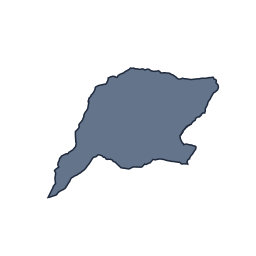 Breaza, Suceava, Romania, rotated 339°
{"feature_id": "2599482B22435462631292", "entity_name": "Breaza", "entity_type": "district", "adm_level": 2, "iso_a3": "ROU", "parent_name": "Romania", "parent_adm1": "Suceava", "projection": "natural_earth1", "projection_center": [25.34, 47.631], "detail": "fine", "context": "isolated", "style": "filled", "palette": "slate", "viewbox_px": 256, "rotation_deg": 339, "n_neighbors": 0, "source": "geoboundaries", "source_scale": "gbopen_adm2", "svg_char_len": 5755}
<svg xmlns="http://www.w3.org/2000/svg" viewBox="0 0 256 256"><g transform="rotate(339 128 128)"><path d="M184.7,170.2L184.2,169.0L184.1,168.8L183.1,168.4L182.7,168.2L181.9,167.2L181.0,166.5L179.9,166.0L178.3,165.0L178.0,164.6L177.4,164.4L176.3,163.7L175.5,163.6L174.0,163.5L174.0,162.3L173.7,161.7L173.3,161.3L173.3,160.7L173.3,160.0L173.1,158.5L173.1,156.3L173.3,155.8L173.3,155.4L173.6,154.7L173.6,154.3L173.6,154.0L173.9,153.7L174.4,153.5L174.5,153.3L174.9,153.3L175.2,153.4L175.3,153.4L175.6,152.8L176.1,152.5L176.1,152.2L176.7,152.3L176.8,152.2L176.8,151.9L177.2,151.7L177.2,151.4L177.4,151.4L177.5,151.5L177.8,151.5L177.9,151.4L177.9,151.1L178.2,150.9L178.1,150.4L178.3,150.3L178.6,150.4L178.8,150.2L179.1,150.1L179.1,149.9L179.6,149.8L180.0,149.6L180.2,149.4L180.4,149.3L180.4,149.2L180.6,149.0L180.8,149.0L181.1,149.2L181.3,149.2L181.5,148.9L181.8,148.5L182.0,148.2L182.4,148.3L182.5,148.1L182.6,147.9L182.8,147.8L183.1,147.8L183.3,148.1L183.5,148.1L183.5,147.9L184.0,147.8L183.9,147.5L184.0,147.5L184.3,147.5L184.6,147.6L185.2,147.5L185.2,147.3L185.3,147.2L185.8,147.4L185.8,147.2L186.2,147.3L186.4,147.5L186.6,147.4L187.0,147.3L187.1,147.0L187.5,146.9L187.7,147.0L188.4,147.1L188.6,146.8L188.8,146.7L189.6,146.1L190.1,145.8L190.4,145.7L190.7,145.5L190.9,145.5L191.2,145.2L191.7,145.1L192.0,145.2L192.8,144.9L193.3,144.9L193.5,144.8L193.9,144.5L194.2,143.7L194.4,143.5L194.8,143.3L195.0,143.0L195.5,143.0L195.9,142.9L196.5,142.8L196.7,142.7L197.7,142.9L198.0,142.9L198.2,143.1L199.0,143.2L199.3,142.9L199.5,142.5L200.1,142.5L200.6,142.5L200.8,142.4L200.9,141.9L201.3,141.6L201.8,141.4L202.1,141.2L203.0,141.1L203.4,141.0L203.6,140.7L205.0,141.5L205.4,140.8L206.2,140.0L206.4,139.5L206.5,139.2L206.5,138.9L206.6,138.7L207.0,137.9L207.6,137.1L208.4,136.6L210.8,134.3L211.5,133.1L211.7,132.8L213.2,131.6L215.2,130.3L215.9,129.7L216.7,128.8L217.4,128.2L217.9,128.0L218.1,127.8L218.3,127.5L220.7,125.7L221.4,125.7L222.3,125.6L223.8,125.1L225.5,124.3L226.0,123.7L227.0,122.4L227.1,121.8L227.3,121.3L227.4,120.0L227.0,118.9L226.4,117.5L226.4,117.0L227.2,116.2L227.5,115.1L227.2,114.2L225.8,113.0L225.8,112.8L225.9,112.0L225.7,111.4L225.6,111.0L223.0,110.5L222.1,110.1L221.4,109.9L220.8,109.9L219.1,109.5L218.4,109.4L217.6,109.2L216.7,108.7L214.0,107.8L212.1,107.6L209.3,106.6L208.9,106.6L207.8,106.4L206.8,105.9L205.6,105.8L204.5,105.4L203.3,105.0L202.3,104.2L200.7,103.4L199.5,102.7L198.6,102.4L196.6,101.0L195.8,101.1L195.2,101.1L193.4,100.8L192.8,100.4L191.6,99.1L191.4,98.2L190.5,96.9L190.0,96.0L189.1,94.7L188.0,93.7L187.5,93.4L187.2,93.1L187.0,92.4L186.0,91.5L183.6,90.4L182.0,89.5L179.9,88.9L179.0,88.6L178.5,88.3L178.1,88.0L178.1,87.4L177.8,86.5L177.4,86.0L176.8,85.4L175.9,85.4L173.5,84.7L172.9,84.6L170.5,83.2L169.5,82.2L169.1,81.3L168.9,81.0L167.7,80.2L167.1,79.9L165.8,80.0L164.6,79.8L164.1,79.5L163.9,78.9L163.0,78.1L162.0,77.8L160.5,77.7L159.1,77.0L158.8,76.6L158.2,76.3L157.5,76.1L157.1,75.8L155.8,75.3L155.5,74.8L154.8,74.1L153.2,73.7L152.5,73.4L151.8,72.9L150.2,73.7L145.7,74.3L144.3,74.7L143.5,75.2L142.6,74.9L139.1,75.1L138.6,75.3L137.7,75.4L135.9,76.8L134.5,76.0L134.4,75.4L132.6,74.3L130.1,74.0L127.3,74.3L127.2,75.0L126.0,76.7L125.0,77.4L124.5,78.2L122.9,79.0L121.3,78.6L115.8,77.8L113.0,78.0L112.1,78.4L111.5,79.1L111.2,79.9L109.4,81.8L106.4,83.8L105.6,83.9L105.1,84.4L104.8,85.0L104.1,85.4L102.2,86.2L101.6,87.2L101.1,88.0L100.4,88.6L100.6,89.2L100.5,89.3L100.8,89.5L100.4,89.9L100.2,90.4L100.3,90.6L99.7,91.5L98.6,93.4L98.1,94.1L97.9,94.7L97.0,95.7L96.7,96.2L95.8,96.6L95.1,97.3L94.2,97.7L92.0,99.4L91.7,100.0L91.1,100.8L91.0,101.4L89.3,103.1L88.8,103.8L88.6,104.2L88.0,104.4L87.3,104.9L85.7,105.9L84.9,106.2L83.9,106.9L83.5,107.3L83.2,107.6L82.9,108.5L83.0,109.5L82.8,109.7L82.0,110.3L80.9,111.0L77.6,112.5L76.3,115.9L74.2,122.5L74.2,123.5L74.0,124.3L73.2,125.3L72.4,126.6L68.8,128.6L63.9,129.6L63.3,130.2L61.9,130.5L61.0,129.9L55.7,130.4L54.5,131.5L53.7,131.6L53.0,132.3L52.5,133.2L51.4,134.4L50.6,135.0L49.6,136.6L49.2,137.7L49.3,139.7L45.8,140.6L44.2,141.3L44.1,141.5L44.3,142.7L44.3,144.3L43.7,145.2L43.5,145.7L43.2,146.4L42.2,147.8L41.8,148.7L41.7,149.4L41.3,150.3L40.4,154.0L39.7,154.2L37.3,155.8L36.8,156.3L36.7,156.7L28.5,164.2L30.1,164.5L32.1,164.6L33.8,164.6L34.5,164.7L35.7,164.7L36.6,164.9L37.4,164.6L38.0,164.4L38.3,164.0L38.9,163.7L39.4,163.3L40.5,162.9L41.2,162.8L42.2,162.5L42.8,162.5L43.8,162.3L45.5,162.3L46.9,161.9L47.5,161.9L48.7,161.2L49.2,160.6L49.5,160.3L50.0,160.2L50.5,159.9L51.3,159.0L51.8,158.8L53.0,157.8L54.1,157.2L55.0,156.3L56.0,155.2L57.0,154.5L57.7,154.3L58.2,154.1L59.1,154.1L60.9,153.6L63.7,153.6L64.7,153.2L67.6,152.8L69.4,152.1L71.6,151.6L72.0,151.4L72.8,151.1L74.8,150.0L76.6,148.7L78.5,147.7L81.6,145.5L82.3,144.8L82.7,144.6L83.7,143.8L84.8,143.2L85.4,143.1L85.9,143.0L87.4,143.3L87.9,143.3L89.3,142.8L90.3,142.4L90.6,142.4L91.3,142.7L92.5,143.5L93.8,144.6L94.1,145.5L94.8,146.6L95.4,146.7L95.8,147.1L96.2,148.0L96.4,149.0L96.7,149.5L97.5,149.9L98.2,150.0L99.2,150.5L100.2,150.8L101.1,151.5L101.4,151.8L102.1,152.9L102.1,153.0L102.0,153.4L102.4,154.0L103.0,154.6L103.7,155.1L107.2,162.6L114.3,166.6L118.8,166.2L124.7,168.6L126.8,169.4L128.7,168.6L130.6,167.6L131.1,168.1L131.9,168.5L135.0,168.3L136.4,168.4L137.0,168.0L140.0,166.3L142.3,167.6L144.0,167.7L144.8,168.0L145.3,168.1L146.2,168.1L148.2,169.1L149.1,169.7L150.6,170.5L151.6,171.5L153.1,172.5L157.1,175.0L158.7,175.7L159.7,176.2L160.1,176.6L160.8,176.8L161.9,177.6L163.7,178.4L164.2,178.9L164.3,179.2L164.4,179.6L164.7,180.2L165.5,181.0L165.8,181.1L167.0,181.3L169.4,182.4L170.4,182.7L170.8,183.1L171.0,182.0L170.8,180.9L171.3,180.5L172.2,179.3L173.7,178.8L174.4,178.8L174.3,178.5L176.2,176.8L179.0,175.3L180.0,174.5L181.0,173.8L181.9,173.1L183.4,172.2L184.7,170.2Z" fill="#64748b" stroke="#1e293b" stroke-width="1.5"/></g></svg>